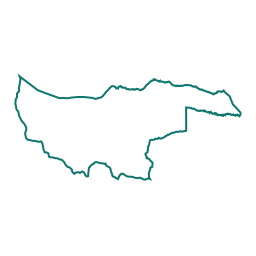 the district of San Antonio, Jujuy, Argentina
{"feature_id": "61730980B57262290665163", "entity_name": "San Antonio", "entity_type": "district", "adm_level": 2, "iso_a3": "ARG", "parent_name": "Argentina", "parent_adm1": "Jujuy", "projection": "robinson", "projection_center": [-65.302, -24.356], "detail": "fine", "context": "isolated", "style": "outline", "palette": "teal", "viewbox_px": 256, "rotation_deg": 0, "n_neighbors": 0, "source": "geoboundaries", "source_scale": "gbopen_adm2", "svg_char_len": 5788}
<svg xmlns="http://www.w3.org/2000/svg" viewBox="0 0 256 256"><path d="M239.4,116.3L240.6,114.1L240.6,113.1L240.3,112.3L232.8,104.2L229.9,96.9L229.5,96.1L224.6,92.0L223.7,90.5L222.8,91.3L222.3,91.3L222.2,91.6L221.4,92.0L221.1,92.0L220.3,91.5L219.2,91.3L218.5,91.4L218.2,91.6L217.6,91.5L217.1,91.9L217.0,92.7L216.8,92.9L215.6,93.4L215.1,93.3L215.0,93.6L214.4,93.6L214.0,94.1L213.2,94.4L212.2,93.3L210.6,93.1L210.1,92.8L209.7,92.3L209.0,92.4L208.3,91.8L207.7,92.0L205.8,91.2L205.2,91.2L204.8,90.7L204.0,90.5L203.4,90.6L202.1,89.5L201.4,89.8L200.9,89.6L200.2,89.7L199.7,89.1L198.8,88.9L198.2,88.2L197.6,88.2L197.3,87.9L197.0,87.8L196.2,86.5L195.6,86.7L194.9,86.4L194.3,86.8L193.5,86.7L193.1,86.4L192.9,86.5L192.2,86.3L191.1,85.4L189.9,85.4L188.7,84.9L188.2,85.2L187.3,85.1L186.8,85.2L186.3,84.9L184.8,85.2L184.4,85.1L183.2,85.7L182.3,85.9L181.6,85.8L181.3,85.6L180.5,85.7L180.0,86.0L179.5,85.9L179.1,86.0L178.4,86.0L178.0,85.7L177.6,85.9L177.0,85.6L176.5,86.1L175.8,86.1L175.2,85.7L173.9,85.5L173.7,85.2L173.1,85.3L172.5,85.1L172.1,84.5L171.0,83.7L170.0,82.3L169.3,81.7L168.5,81.6L167.4,82.2L166.6,81.9L165.9,82.2L165.4,82.6L165.1,82.6L164.8,82.4L164.2,82.4L163.5,81.9L161.6,81.5L159.8,81.6L159.8,81.0L159.4,81.3L158.9,81.1L158.5,81.2L158.4,81.0L158.2,81.0L156.7,80.3L155.0,79.8L154.6,79.2L154.3,79.3L154.4,79.7L153.6,79.5L153.6,80.2L152.5,80.7L151.4,80.7L151.0,81.4L149.8,82.0L149.0,83.1L148.1,83.7L148.0,84.1L146.6,84.9L145.9,85.6L145.8,86.1L145.2,86.7L145.1,87.0L144.8,87.3L144.6,87.7L144.0,88.3L142.7,89.3L142.4,89.2L142.0,89.7L141.3,89.7L140.6,90.2L140.2,89.9L139.7,90.0L139.4,89.7L139.0,89.7L138.4,89.2L136.7,88.8L136.3,89.1L134.9,89.7L134.1,89.1L133.7,89.2L133.2,89.6L132.1,89.2L129.3,89.6L128.3,89.0L127.8,89.2L126.6,89.2L126.1,88.3L125.0,87.6L124.5,87.6L123.6,87.9L123.1,87.7L122.7,87.3L121.6,87.4L121.0,86.3L120.5,86.0L119.8,86.5L118.6,86.9L118.2,87.4L118.0,88.5L117.7,88.5L117.2,88.3L116.4,88.5L116.2,88.4L116.0,87.8L114.9,86.8L113.2,86.1L111.5,86.4L108.8,89.0L107.8,90.4L105.8,92.0L105.4,93.0L102.1,96.8L101.2,97.3L95.8,98.8L94.9,98.8L92.5,97.9L83.6,97.0L77.7,97.0L70.5,97.7L68.1,98.2L65.5,98.2L63.2,97.9L59.6,98.2L45.9,93.3L37.8,90.2L19.6,76.4L20.1,77.7L20.4,79.1L20.3,80.3L19.8,82.6L19.7,84.1L18.9,87.8L19.1,91.0L17.0,93.6L17.1,96.4L16.9,97.4L15.8,99.3L15.5,101.6L15.4,104.0L16.0,106.2L16.1,107.4L16.4,108.8L16.7,109.8L18.3,111.6L19.0,115.4L21.1,119.9L22.5,122.0L23.9,123.3L25.8,126.4L26.3,128.0L26.2,130.3L25.3,132.3L25.2,133.0L25.2,134.5L25.7,135.8L25.7,136.8L26.2,138.1L27.5,139.6L30.0,140.2L33.1,140.9L35.1,140.9L38.3,141.8L39.3,141.8L40.2,141.5L41.0,141.4L42.4,143.3L43.6,149.8L44.2,150.8L44.6,152.2L45.4,152.5L46.2,152.4L47.4,152.7L48.4,153.4L48.6,154.0L48.7,155.8L49.4,157.1L52.7,157.4L55.3,158.2L56.2,158.2L57.8,158.5L60.1,159.6L61.4,159.6L62.3,160.2L62.8,160.9L63.9,161.8L65.7,164.9L67.8,167.1L69.2,167.2L71.3,169.0L71.9,169.6L72.1,171.1L72.4,171.9L74.0,173.7L74.7,173.7L75.4,172.7L78.0,172.2L78.7,172.2L79.6,172.9L80.1,172.9L81.7,171.7L82.4,171.5L82.7,171.6L83.8,172.4L84.8,173.7L85.5,175.5L86.2,176.1L87.2,176.5L87.8,176.5L88.2,176.1L88.3,173.0L89.0,167.7L89.6,167.3L90.3,166.0L91.9,164.6L92.6,164.5L93.1,163.8L94.0,163.5L94.7,162.4L96.0,162.1L97.1,162.2L100.3,163.2L103.7,163.5L104.3,163.9L105.6,163.6L105.9,164.9L106.9,166.1L108.2,166.7L109.8,167.7L110.2,168.2L110.5,169.0L111.0,171.4L112.3,174.9L112.4,175.7L112.7,176.4L114.5,176.9L115.3,177.8L117.0,178.5L117.9,179.1L119.3,176.2L119.6,175.2L120.5,174.7L120.9,174.0L121.6,173.7L122.3,173.7L123.9,174.2L125.5,175.6L127.6,176.5L132.7,176.9L135.0,177.8L137.0,178.1L138.4,178.1L139.6,177.7L140.8,177.9L143.5,179.4L144.8,179.6L145.8,179.4L148.0,178.5L149.0,178.5L149.9,178.9L149.0,177.2L148.9,173.1L150.2,168.9L150.5,167.5L150.8,167.3L151.9,167.2L152.2,166.9L152.6,162.9L152.5,162.6L151.1,161.4L148.7,158.6L147.0,158.4L146.5,158.1L146.5,157.5L146.8,157.2L146.8,156.7L145.7,155.1L145.7,154.6L145.4,154.2L145.6,153.7L147.6,152.0L147.5,151.1L147.9,150.2L148.0,146.8L148.4,146.4L149.0,145.2L149.9,140.8L150.1,140.3L151.0,139.8L153.3,139.8L154.3,139.6L154.6,139.2L156.1,138.6L156.6,138.9L157.8,138.8L158.7,138.1L158.8,137.8L159.1,137.9L159.5,138.3L160.3,138.5L160.8,138.6L161.8,138.4L162.1,138.1L162.8,137.8L163.2,137.6L164.2,137.4L164.8,136.9L165.4,136.1L166.9,135.6L167.8,134.7L168.6,134.8L169.1,134.4L169.7,134.3L172.0,132.8L173.1,132.9L174.5,132.3L175.1,132.3L175.7,131.9L176.5,131.7L177.4,131.9L179.1,131.7L179.9,131.2L181.7,131.6L182.5,131.4L183.3,131.5L184.2,131.3L184.4,131.0L185.9,130.9L186.2,130.7L186.1,107.5L189.2,107.8L190.7,107.7L191.1,107.9L192.2,108.8L193.2,108.6L193.7,108.7L195.2,109.4L196.2,110.3L197.4,110.6L198.2,110.6L198.3,110.8L198.9,111.0L199.7,110.9L200.0,110.7L200.5,110.9L200.9,110.5L201.8,110.5L202.7,110.7L203.1,110.6L203.5,111.1L203.9,110.8L204.0,111.0L204.2,110.9L204.6,111.2L205.0,111.1L205.0,110.8L205.7,111.2L206.1,111.7L207.3,112.2L207.8,112.3L208.5,112.0L209.1,112.0L209.5,112.8L209.7,112.4L210.3,112.1L210.2,112.4L210.7,112.7L211.7,113.0L212.0,113.2L212.2,113.7L212.6,113.9L212.8,113.8L212.7,113.6L212.9,113.4L213.9,113.5L214.2,113.8L214.5,113.2L214.8,113.1L215.6,113.5L215.8,113.2L216.1,113.4L216.2,114.2L216.7,113.9L217.4,115.1L217.8,114.7L218.3,114.7L218.7,115.1L219.4,114.9L219.7,115.2L220.5,115.0L221.1,115.3L221.4,115.1L221.6,115.3L221.9,115.1L222.6,115.7L222.8,115.6L222.8,115.2L223.4,115.7L223.9,115.1L223.7,114.9L223.8,114.7L224.3,114.6L225.1,115.1L225.2,114.7L225.7,114.3L226.0,114.4L226.2,114.0L227.3,114.1L227.7,113.7L228.4,114.1L228.7,113.9L229.0,114.2L229.8,113.9L231.1,114.9L231.8,114.9L232.1,114.6L233.4,115.0L233.6,114.7L234.1,115.3L234.7,115.0L235.1,115.1L235.3,115.4L235.6,115.0L236.2,115.2L236.4,114.9L237.0,114.7L237.0,115.1L237.5,115.2L237.8,114.9L238.1,115.1L238.2,115.5L239.0,115.5L238.9,116.0L239.4,116.3Z" fill="none" stroke="#0f766e" stroke-width="2"/></svg>